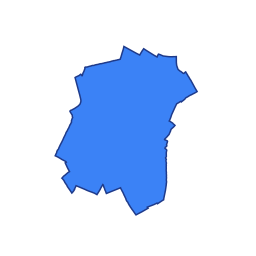 the district of Chom Thong, Bangkok Metropolis, Thailand, rotated 219°
{"feature_id": "78962969B14183764465064", "entity_name": "Chom Thong", "entity_type": "district", "adm_level": 2, "iso_a3": "THA", "parent_name": "Thailand", "parent_adm1": "Bangkok Metropolis", "projection": "albers", "projection_center": [100.463, 13.687], "detail": "fine", "context": "isolated", "style": "filled", "palette": "blue", "viewbox_px": 256, "rotation_deg": 219, "n_neighbors": 0, "source": "geoboundaries", "source_scale": "gbopen_adm2", "svg_char_len": 5383}
<svg xmlns="http://www.w3.org/2000/svg" viewBox="0 0 256 256"><g transform="rotate(219 128 128)"><path d="M87.6,139.6L88.1,140.5L88.2,141.0L88.6,141.9L88.7,142.2L88.9,142.4L89.0,142.6L89.4,142.7L89.5,142.7L90.4,142.5L91.4,142.2L92.2,142.0L92.3,142.0L92.4,142.3L92.5,142.5L92.5,142.9L92.4,143.4L92.2,145.2L92.1,146.3L92.2,146.9L92.1,147.1L92.1,148.3L92.0,148.6L92.2,149.5L92.4,150.0L93.1,152.7L93.3,152.8L93.4,153.0L93.7,154.1L93.5,155.6L93.4,156.3L93.2,157.3L93.1,159.3L93.1,159.6L93.9,159.7L95.5,159.7L96.2,159.9L96.7,159.9L97.5,159.8L99.3,159.6L100.4,159.4L100.5,160.2L100.8,161.1L101.2,162.5L101.6,163.6L102.5,165.9L104.0,171.7L104.2,172.4L105.4,177.4L105.4,177.5L104.5,179.7L104.1,181.1L103.9,181.5L103.6,182.0L103.0,181.8L102.3,184.7L102.0,186.2L102.1,187.3L102.1,187.5L101.9,188.4L101.7,188.8L101.4,189.4L100.6,191.8L99.9,193.5L99.7,193.6L99.6,193.8L99.5,194.1L99.2,194.9L98.3,196.9L97.9,197.9L97.2,199.8L97.4,199.9L101.2,201.3L104.8,202.8L108.5,204.3L108.8,204.5L110.6,205.0L112.9,205.9L114.6,206.4L115.1,206.7L117.5,207.5L118.5,207.9L118.6,207.7L118.9,205.8L118.9,205.6L119.1,205.4L119.3,205.3L119.8,205.2L122.5,205.2L122.8,205.0L123.6,205.0L125.6,205.0L125.9,205.0L126.1,205.1L128.2,206.4L129.6,207.3L131.6,209.3L135.4,213.9L136.4,213.0L136.9,212.6L137.4,212.2L138.5,211.2L140.1,209.9L141.5,208.9L145.5,206.4L146.0,206.1L149.6,205.1L150.8,204.6L150.8,204.3L150.4,202.3L150.2,202.0L150.1,201.5L153.6,200.9L158.4,200.3L162.6,199.8L165.7,199.5L165.5,196.8L165.2,194.6L165.1,193.7L164.8,192.1L168.5,191.3L179.1,189.4L182.5,188.8L181.4,186.6L181.0,185.7L180.9,185.4L180.3,183.9L180.2,183.7L180.0,183.1L178.1,178.6L177.6,177.1L177.3,176.6L178.0,175.6L178.2,175.4L178.3,175.2L178.6,174.9L179.0,174.4L179.6,173.5L180.1,173.0L180.4,172.5L181.1,171.7L181.5,171.4L181.7,170.9L182.1,170.5L182.5,170.0L183.6,168.3L184.3,167.4L184.5,167.2L184.9,166.7L185.3,166.3L185.5,166.0L185.7,165.7L185.9,165.4L186.2,165.1L186.3,165.0L186.3,164.9L187.1,164.0L187.2,163.9L188.0,162.7L188.7,161.9L189.0,161.4L189.7,160.8L190.6,159.7L191.4,158.4L191.7,158.2L192.3,157.5L193.1,156.5L193.5,155.9L193.8,155.3L194.0,155.1L194.5,154.6L194.8,154.4L195.2,154.0L195.3,153.8L195.7,153.1L195.9,152.9L196.0,152.7L196.3,152.2L196.8,151.7L198.3,149.4L199.0,149.0L199.2,148.8L199.6,148.2L199.6,147.8L199.4,147.6L199.2,147.4L199.0,147.2L198.8,146.9L198.7,146.5L197.9,144.2L197.5,142.3L196.5,139.9L196.6,139.7L198.1,140.0L198.5,140.1L198.7,139.9L198.7,139.6L199.0,138.1L200.6,134.8L200.9,133.9L190.5,126.3L186.2,123.2L182.7,120.5L182.2,120.0L181.7,119.5L181.2,118.7L180.8,117.8L180.6,117.2L180.4,116.6L180.3,115.8L180.4,115.3L180.6,113.5L181.9,109.3L182.4,108.2L183.2,106.2L183.6,105.8L183.6,105.6L183.8,104.9L183.8,104.7L183.7,104.5L183.4,104.3L183.2,104.2L182.0,103.8L180.3,103.2L179.6,103.0L179.4,102.9L178.9,102.3L178.7,102.1L177.8,101.4L177.6,101.3L177.5,101.1L177.4,100.4L177.2,99.8L176.6,98.3L176.5,98.0L176.2,97.6L175.6,97.1L175.5,96.9L175.4,95.8L175.1,95.0L175.1,94.1L174.1,90.7L173.9,89.1L173.4,87.5L173.5,87.1L173.2,85.3L173.0,84.8L172.9,84.5L172.7,84.0L172.0,80.9L171.9,80.3L171.5,78.9L171.3,78.3L170.7,75.7L170.4,74.2L169.9,71.7L169.7,71.0L169.2,69.0L168.8,67.9L168.7,67.0L168.8,66.8L168.9,66.6L168.8,66.1L168.6,65.4L168.5,65.0L167.8,63.6L167.7,63.2L167.7,62.8L167.1,60.6L165.1,61.1L164.2,61.3L161.8,61.7L159.8,61.9L156.9,62.5L155.6,62.7L155.1,62.8L154.7,62.7L154.4,62.6L154.9,61.4L152.0,60.0L150.2,59.1L148.2,58.2L146.0,57.3L146.3,56.6L146.6,55.6L147.0,53.3L147.3,51.6L147.5,50.9L147.7,50.0L147.8,47.4L147.3,47.4L145.4,47.0L145.1,47.0L142.6,45.9L140.9,45.4L140.3,45.2L140.0,45.2L139.5,45.0L138.6,44.5L138.1,44.3L133.2,42.9L130.7,42.1L130.6,43.1L130.6,44.8L130.7,45.7L130.8,46.5L131.1,46.5L131.4,48.1L131.5,48.5L132.0,50.5L127.3,51.9L122.8,53.2L120.7,53.7L118.8,54.3L117.6,54.7L115.4,55.5L114.3,55.8L113.2,56.2L110.2,56.7L110.3,57.3L110.4,58.5L110.5,59.1L110.7,60.8L111.0,62.8L111.4,64.4L111.9,67.7L112.0,68.2L111.6,68.2L110.4,67.5L109.7,67.0L109.3,66.7L109.1,66.6L108.7,66.5L108.2,66.2L107.1,65.4L105.2,64.5L104.7,64.1L103.6,63.5L96.2,76.8L96.1,76.7L95.8,76.5L93.7,75.7L93.3,75.5L93.2,75.4L91.8,74.9L90.9,74.5L90.7,74.4L90.3,74.1L89.7,73.9L89.0,73.5L88.9,73.4L88.1,73.1L87.1,72.6L86.5,72.3L86.3,72.2L85.1,71.7L84.6,71.2L83.6,70.7L82.5,70.3L81.7,70.2L81.4,70.2L81.1,70.0L80.0,69.4L79.0,69.1L78.2,68.8L78.2,68.7L77.4,68.5L76.4,68.1L75.3,67.8L73.7,67.3L72.4,67.0L71.7,66.8L69.7,66.2L68.4,65.8L67.8,65.7L67.1,65.5L66.4,67.2L64.4,71.8L61.9,78.3L63.2,78.6L61.7,81.3L61.3,81.9L60.8,82.8L59.6,84.9L58.2,87.9L57.4,87.7L55.3,94.3L55.1,94.5L55.2,94.8L55.5,95.2L55.8,95.7L58.1,100.1L58.7,101.3L59.2,102.1L59.3,102.5L60.9,105.2L62.4,107.7L63.0,108.6L63.2,108.8L63.3,108.9L63.3,109.1L63.5,109.4L64.2,110.5L65.5,111.7L66.2,112.7L66.7,113.5L67.5,114.3L68.2,115.3L68.4,115.5L69.2,116.4L69.7,116.9L70.3,117.8L71.0,118.4L72.1,119.6L72.3,120.0L72.6,120.4L73.7,121.7L73.9,121.9L74.8,123.2L75.1,123.4L75.5,123.9L76.1,124.9L76.1,125.0L76.6,125.3L77.7,126.2L77.9,126.5L78.2,126.8L78.2,127.0L78.4,127.4L78.4,127.6L78.6,127.7L78.7,127.9L79.8,128.2L80.1,128.5L80.1,129.5L80.2,129.9L82.3,132.4L82.7,132.9L82.9,133.2L83.2,133.8L83.5,134.3L83.7,134.8L83.9,135.1L84.2,135.3L84.5,135.4L84.7,135.5L85.3,135.4L85.9,135.4L86.2,135.5L86.5,135.5L86.7,136.0L86.9,136.4L86.9,136.5L86.5,137.7L86.5,138.0L86.5,138.3L86.7,138.6L86.8,138.8L87.1,138.9L87.4,139.0L87.5,139.1L87.6,139.6Z" fill="#3b82f6" stroke="#1e3a8a" stroke-width="1.5"/></g></svg>